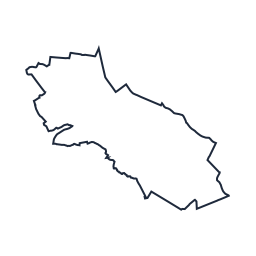 the district of Targusor, Constanta, Romania, rotated 185°
{"feature_id": "2599482B96571598729661", "entity_name": "Targusor", "entity_type": "district", "adm_level": 2, "iso_a3": "ROU", "parent_name": "Romania", "parent_adm1": "Constanta", "projection": "orthographic", "projection_center": [28.424, 44.465], "detail": "fine", "context": "isolated", "style": "outline", "palette": "slate", "viewbox_px": 256, "rotation_deg": 185, "n_neighbors": 0, "source": "geoboundaries", "source_scale": "gbopen_adm2", "svg_char_len": 5396}
<svg xmlns="http://www.w3.org/2000/svg" viewBox="0 0 256 256"><g transform="rotate(185 128 128)"><path d="M201.2,105.8L200.9,105.8L200.7,106.0L199.9,105.9L199.5,106.0L198.5,105.9L197.5,105.6L197.3,105.7L196.0,105.6L195.4,105.6L193.5,105.5L192.5,105.4L191.3,105.5L190.7,105.6L189.8,105.6L188.5,105.2L187.9,105.2L187.6,105.1L187.3,105.0L187.0,104.8L186.8,104.7L186.6,104.8L185.9,105.0L185.4,105.0L184.8,105.0L184.6,105.1L184.2,105.1L183.9,105.2L182.6,106.0L182.1,106.2L181.5,106.5L181.2,106.6L180.7,107.3L180.2,107.5L179.8,107.5L179.4,107.3L178.9,107.2L178.5,107.0L178.1,106.9L177.1,106.7L176.5,106.6L176.1,106.6L175.5,106.7L175.2,106.7L174.8,106.6L174.8,108.7L167.6,110.7L166.9,108.9L165.5,109.5L164.9,110.0L162.9,110.9L162.6,110.9L162.3,110.9L161.5,110.9L160.8,110.8L160.1,110.4L159.5,110.1L159.0,110.1L157.9,109.5L157.1,109.4L156.7,109.2L156.0,108.8L155.4,108.4L154.5,108.0L154.0,107.7L151.7,106.1L149.7,105.2L149.3,105.1L148.5,104.7L148.4,104.5L148.2,103.9L147.9,103.1L147.9,102.7L147.8,102.3L147.9,101.8L148.3,101.1L147.7,100.3L146.0,99.5L145.5,99.2L146.0,98.1L146.7,97.1L147.1,96.3L145.4,96.7L145.5,96.6L145.5,96.4L145.4,96.2L145.1,96.0L144.8,95.8L144.3,95.4L144.0,95.2L143.7,95.1L143.1,94.8L141.9,94.7L141.7,94.7L141.1,94.8L140.3,94.7L140.0,94.6L139.7,94.5L139.6,94.4L139.5,94.2L139.4,94.1L139.3,93.9L139.2,93.8L138.5,93.3L139.0,90.6L139.1,89.9L139.1,89.7L139.1,89.3L139.1,88.8L139.1,88.2L138.9,87.7L138.8,87.2L138.7,86.6L138.5,86.4L138.3,86.4L138.1,86.4L137.8,86.5L137.7,86.9L137.3,86.9L136.7,86.8L136.2,86.7L136.0,86.4L135.7,85.7L135.5,85.4L135.4,85.4L135.2,85.3L135.2,84.8L134.4,84.0L134.2,83.9L133.7,83.8L133.6,83.7L133.3,83.7L133.2,83.6L133.1,83.4L133.0,83.2L132.9,83.0L132.7,82.9L132.0,82.9L131.8,82.8L131.6,82.7L130.4,81.7L130.1,81.7L129.8,81.7L129.7,81.9L129.4,82.3L129.1,82.6L128.7,82.7L128.2,82.6L127.9,82.7L127.7,82.3L127.4,82.2L127.1,82.1L126.9,82.1L126.8,81.9L126.6,81.8L126.5,81.5L126.2,81.3L125.6,81.2L125.1,80.9L125.1,80.7L125.0,80.2L124.6,79.9L124.2,79.6L123.8,79.6L123.4,79.7L122.9,80.1L122.4,79.9L121.5,80.0L120.7,78.8L119.7,78.8L119.2,78.5L118.6,78.5L118.0,78.2L117.3,78.2L116.0,78.4L115.1,78.2L114.1,75.9L112.6,73.6L111.2,71.8L106.0,63.5L104.4,60.9L105.4,60.7L104.9,59.3L102.5,60.0L99.2,66.7L80.8,57.7L67.9,51.3L67.6,51.6L67.0,52.1L64.7,52.2L64.4,52.2L60.4,56.8L60.0,57.6L55.3,62.2L55.1,62.3L53.5,60.9L53.4,60.7L52.4,53.5L32.5,63.6L31.8,64.1L30.8,64.5L28.8,65.5L28.1,65.9L26.9,66.5L21.7,69.3L21.8,69.5L22.3,69.8L25.2,70.9L25.4,71.0L27.3,72.8L28.0,73.7L29.0,75.6L29.4,76.4L30.2,78.4L30.5,79.2L30.5,79.3L31.4,80.6L32.2,81.9L34.2,83.3L34.7,83.8L34.8,83.9L34.8,84.3L34.9,85.0L34.9,85.9L34.5,87.2L33.7,89.1L33.0,90.6L32.9,90.8L32.8,91.7L33.1,91.7L46.0,103.0L45.2,105.4L45.1,105.8L44.3,107.1L39.1,120.7L41.9,121.6L42.3,121.9L43.4,122.7L43.6,122.8L44.4,123.7L45.1,124.3L46.2,125.2L46.3,125.2L46.5,125.3L49.6,125.2L49.8,125.2L53.2,126.0L55.3,126.9L56.6,127.7L56.9,127.9L57.3,128.1L57.9,128.5L58.9,129.2L59.8,129.8L60.9,130.8L62.6,131.8L64.4,132.7L66.4,134.3L68.8,136.9L69.3,137.7L69.5,137.9L70.3,138.3L70.5,138.4L71.1,140.1L72.1,141.9L73.7,144.5L74.9,145.6L78.4,146.3L82.1,146.6L83.3,146.8L83.6,147.0L85.7,148.7L87.2,149.7L87.6,150.0L87.9,150.2L89.9,151.0L92.2,151.4L92.4,151.5L93.9,152.5L94.0,152.6L94.7,153.8L95.0,154.1L96.1,155.4L96.3,155.6L97.2,153.4L117.6,160.0L122.3,161.7L122.6,161.7L125.8,162.8L127.3,163.9L129.1,165.6L133.7,171.3L141.5,164.3L143.1,163.0L143.4,162.8L147.0,167.1L152.4,173.3L155.0,176.4L158.6,187.3L164.1,204.7L164.3,204.0L166.9,196.6L167.1,196.5L171.8,196.9L175.7,197.1L176.8,197.2L177.2,197.2L177.5,197.0L178.1,197.0L179.0,196.8L180.1,196.8L180.5,196.8L180.9,197.0L181.3,197.3L183.1,197.4L184.8,197.5L185.9,197.5L187.5,197.6L191.3,197.9L191.5,197.9L191.8,197.8L192.6,192.4L194.2,192.4L196.4,192.1L205.5,192.0L206.0,192.0L209.0,192.0L211.5,192.0L211.9,184.1L212.3,184.1L213.2,183.2L213.7,182.8L214.3,182.3L214.8,182.5L215.2,182.8L217.4,183.8L218.8,184.2L221.4,184.1L222.8,184.9L224.3,181.3L224.5,180.9L224.7,180.6L225.1,180.4L225.6,180.4L226.2,180.5L226.8,180.4L227.7,180.6L228.8,180.6L229.5,180.5L230.1,180.3L230.5,180.2L231.0,180.1L231.5,179.9L231.9,179.4L232.9,178.3L233.5,177.8L233.8,177.6L234.4,176.9L234.2,176.5L234.1,176.1L234.0,175.7L233.8,175.0L233.6,174.3L233.3,173.7L232.9,173.1L232.5,172.8L232.2,172.7L231.7,172.6L231.3,172.6L231.0,172.7L230.3,172.8L228.8,173.0L228.1,172.2L224.1,167.6L217.8,160.6L213.8,156.3L213.7,156.3L214.0,155.4L214.4,154.8L214.8,154.5L215.3,154.1L215.8,153.7L216.8,153.0L217.9,153.0L218.4,153.0L218.6,152.9L218.8,152.6L219.1,152.1L218.8,150.5L219.2,150.4L222.8,147.6L224.1,146.8L222.9,144.0L222.7,143.7L222.3,142.9L222.6,142.7L221.2,138.9L218.5,134.4L216.6,132.2L215.1,131.5L210.5,127.2L211.9,125.9L212.4,125.4L211.9,123.8L209.5,122.6L206.9,118.0L206.8,117.9L206.6,118.0L204.8,118.6L203.8,118.7L202.1,119.4L201.5,119.9L199.5,122.0L199.2,122.0L198.8,121.9L198.0,121.3L197.8,121.3L196.6,122.0L194.4,123.2L192.4,124.9L191.9,125.2L191.0,125.6L189.9,125.9L188.9,126.3L188.5,126.4L187.0,125.7L186.9,125.7L186.5,125.8L186.3,125.8L185.9,125.8L183.6,125.1L183.7,124.9L185.2,123.7L185.9,123.1L186.2,122.9L186.5,122.7L187.3,122.3L188.9,121.6L190.5,121.1L191.3,120.7L191.6,120.6L192.1,120.2L193.4,119.2L196.1,117.1L197.6,116.0L198.0,115.7L198.4,115.1L198.8,114.6L199.0,114.2L199.5,113.3L200.3,111.7L200.6,110.9L200.7,110.6L200.8,110.4L200.9,109.5L201.1,106.5L201.2,105.8Z" fill="none" stroke="#1e293b" stroke-width="2"/></g></svg>